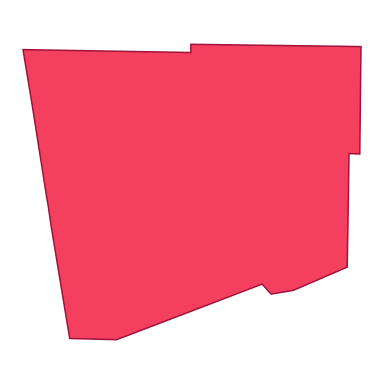 Haralson, Georgia, United States of America (Mercator projection)
{"feature_id": "52423323B68344767705299", "entity_name": "Haralson", "entity_type": "district", "adm_level": 2, "iso_a3": "USA", "parent_name": "United States of America", "parent_adm1": "Georgia", "projection": "mercator", "projection_center": [-85.207, 33.779], "detail": "fine", "context": "isolated", "style": "filled", "palette": "rose", "viewbox_px": 384, "rotation_deg": 0, "n_neighbors": 0, "source": "geoboundaries", "source_scale": "gbopen_adm2", "svg_char_len": 370}
<svg xmlns="http://www.w3.org/2000/svg" viewBox="0 0 384 384"><path d="M23.0,49.6L31.8,102.8L32.8,109.0L46.8,198.2L48.1,205.2L51.1,225.9L69.7,338.5L116.5,339.7L262.1,284.1L271.1,294.1L293.2,290.4L347.2,267.1L348.5,191.2L349.0,153.6L359.8,154.0L360.0,134.2L361.0,46.6L347.8,46.4L190.9,44.3L190.8,52.5L23.0,49.6Z" fill="#f43f5e" stroke="#9f1239" stroke-width="1.5"/></svg>